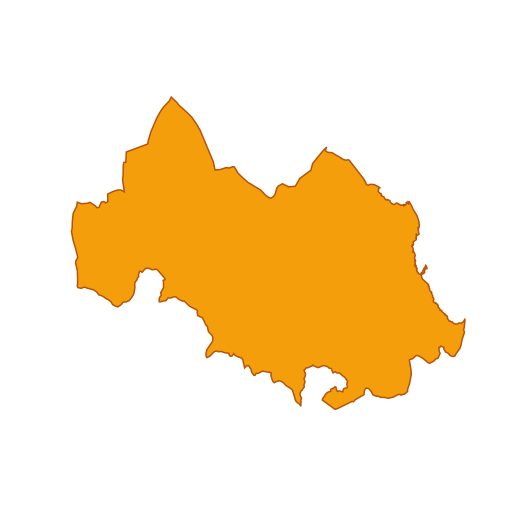 Ogan Komering Ulu Selatan, Sumatera Selatan, Indonesia (Equal Earth projection), rotated 342°
{"feature_id": "22746128B38683854456350", "entity_name": "Ogan Komering Ulu Selatan", "entity_type": "district", "adm_level": 2, "iso_a3": "IDN", "parent_name": "Indonesia", "parent_adm1": "Sumatera Selatan", "projection": "equal_earth", "projection_center": [104.077, -4.568], "detail": "fine", "context": "isolated", "style": "filled", "palette": "amber", "viewbox_px": 512, "rotation_deg": 342, "n_neighbors": 0, "source": "geoboundaries", "source_scale": "gbopen_adm2", "svg_char_len": 6139}
<svg xmlns="http://www.w3.org/2000/svg" viewBox="0 0 512 512"><g transform="rotate(342 256 256)"><path d="M274.5,413.4L283.7,426.2L285.9,426.3L302.4,424.0L303.5,424.7L304.8,424.2L305.4,423.5L315.9,421.2L317.4,417.7L318.6,416.4L319.7,415.8L321.3,416.2L322.4,417.2L323.8,420.9L324.4,424.3L327.3,426.7L328.1,426.6L331.0,429.0L334.4,430.2L338.0,432.2L343.4,432.6L348.2,431.7L350.2,432.2L350.9,433.1L351.6,433.3L352.3,432.8L354.4,433.3L358.3,431.7L359.2,429.3L362.6,424.8L367.1,416.6L368.3,411.8L369.6,402.9L370.0,402.0L373.1,402.1L377.6,400.2L378.4,400.4L379.6,401.1L382.9,404.6L386.5,410.3L387.9,411.7L392.3,411.0L395.5,409.3L396.8,409.6L397.6,409.3L401.0,405.5L400.9,402.5L401.8,399.5L402.9,399.5L403.9,398.8L406.4,401.0L405.9,402.9L406.7,406.0L408.5,407.4L409.9,410.8L412.3,412.5L414.2,412.6L415.5,411.2L421.2,407.0L423.5,404.0L426.4,398.8L430.6,393.1L430.8,390.0L431.7,388.8L434.7,382.1L435.3,380.1L434.1,381.7L432.0,383.0L430.2,383.2L428.4,382.4L426.6,382.9L423.6,381.8L422.1,379.1L421.1,378.9L420.5,377.8L419.4,377.3L419.3,375.8L418.7,374.8L419.3,373.3L419.3,372.2L418.7,371.9L418.2,370.2L417.4,370.2L417.6,369.4L415.6,366.1L415.7,365.2L415.2,365.2L414.1,364.1L414.6,363.5L413.4,360.8L413.9,359.8L413.6,359.3L413.8,358.0L413.1,357.7L412.6,356.3L412.0,356.3L411.8,355.5L410.6,354.5L410.8,353.1L411.6,352.4L411.9,351.6L411.3,349.3L411.7,348.5L411.4,345.7L411.9,345.1L411.6,344.1L411.0,343.9L410.6,341.9L411.1,340.6L410.6,339.6L411.3,338.3L410.7,337.6L411.2,336.3L407.3,329.6L407.0,327.9L407.3,325.0L410.3,324.3L411.5,323.5L411.8,321.6L413.4,320.7L414.7,320.8L415.0,319.3L414.7,317.7L414.5,317.3L413.2,318.9L411.8,319.7L411.4,320.5L410.2,321.3L409.7,322.7L408.4,322.9L407.2,324.0L406.3,324.0L405.1,322.9L405.0,321.4L404.4,321.0L404.7,319.9L404.4,319.4L404.8,318.9L404.5,318.2L405.4,317.5L404.7,316.6L405.0,315.7L404.4,315.1L405.3,314.9L405.0,313.7L404.2,313.4L405.2,312.3L405.5,310.0L406.1,310.2L406.3,308.7L405.9,307.8L406.8,305.6L407.5,305.1L407.7,303.1L407.2,300.8L406.3,300.7L407.0,299.4L407.6,299.1L407.4,298.6L407.7,297.7L407.6,296.0L407.1,295.0L408.3,294.6L408.2,293.6L409.1,293.8L409.8,292.1L409.7,291.2L413.4,290.0L413.9,288.8L413.7,287.8L414.4,287.7L415.1,284.7L415.4,284.7L415.5,285.7L415.9,286.2L417.8,285.6L418.3,281.5L418.9,280.8L418.7,279.4L419.3,279.6L420.0,279.0L421.1,276.5L420.8,275.6L421.5,274.7L421.6,267.4L419.8,259.9L419.4,255.7L418.4,251.1L418.3,252.5L417.4,253.5L417.2,252.0L416.9,252.5L416.5,251.6L415.9,251.5L415.4,251.6L415.5,252.6L413.6,253.7L412.4,253.9L413.0,252.9L412.5,252.6L411.5,253.1L410.8,252.6L409.4,252.7L408.6,251.4L407.6,250.9L407.6,250.4L406.1,249.0L403.3,249.8L401.3,248.2L400.4,246.4L400.4,244.6L398.4,242.9L398.1,242.9L398.3,243.3L397.1,242.9L396.2,241.1L395.9,239.3L394.1,237.6L393.7,236.8L394.4,236.3L394.2,235.2L393.3,234.7L392.2,232.4L393.3,230.1L393.9,229.4L394.6,229.6L394.9,229.2L390.5,224.6L386.8,223.1L384.9,223.4L383.8,223.0L383.1,221.9L383.0,218.6L382.5,218.1L382.3,216.1L374.2,193.6L373.2,192.9L371.2,192.7L369.1,191.4L360.3,181.3L356.3,179.5L355.4,178.7L354.6,176.8L356.9,174.2L350.8,177.5L338.5,185.5L334.7,191.4L321.7,195.7L315.0,201.8L308.4,200.3L303.5,195.5L299.0,196.3L296.9,197.7L293.3,203.1L291.1,204.9L287.9,205.6L286.3,204.4L283.9,201.2L280.9,194.8L271.1,183.5L267.4,177.3L264.5,171.6L262.9,164.5L261.2,163.8L258.0,164.1L254.8,162.7L248.5,162.7L243.6,161.4L244.5,153.3L241.7,119.1L240.2,112.2L237.9,104.3L234.8,98.2L229.4,88.9L227.8,84.8L224.5,78.7L221.4,81.8L214.7,85.4L210.1,88.7L204.3,94.1L194.3,105.5L188.8,113.7L187.6,116.0L164.8,117.0L161.2,126.6L159.1,126.2L157.5,129.4L154.9,137.2L152.5,143.0L150.6,154.3L147.8,151.4L144.7,150.5L139.5,150.5L134.0,151.3L131.9,158.5L129.3,159.0L128.3,157.3L125.7,156.9L121.6,161.3L119.8,161.0L118.2,158.0L114.6,153.6L112.2,153.8L106.3,152.4L102.6,149.6L101.1,153.0L95.3,159.0L91.9,166.6L89.7,172.9L88.1,175.5L86.9,184.6L86.8,192.0L86.2,201.6L85.3,203.2L83.2,204.9L82.3,206.6L81.5,215.1L78.0,226.6L76.7,229.4L76.9,231.1L80.1,232.9L81.1,232.5L83.7,232.7L85.3,234.3L91.2,238.0L93.6,241.6L94.5,244.4L96.5,245.7L99.0,248.3L99.7,249.7L102.0,251.8L104.0,255.0L104.6,257.9L106.8,260.2L108.8,261.7L112.4,260.7L115.4,258.8L118.4,259.6L121.9,259.1L125.5,256.6L128.0,254.2L129.5,251.7L131.0,248.9L131.7,246.2L132.7,243.7L135.3,242.0L136.8,239.9L138.0,239.5L138.3,237.8L140.4,234.7L141.5,234.8L142.6,236.3L146.7,233.9L148.5,233.8L150.3,234.6L153.1,237.1L156.7,237.6L158.0,238.8L161.8,247.6L162.4,249.3L162.3,250.3L160.1,250.5L160.0,252.1L158.2,257.6L153.9,261.6L153.9,264.0L151.8,265.4L150.6,266.8L150.6,268.0L149.8,268.9L149.9,269.6L150.4,270.0L155.5,270.3L156.3,270.7L159.6,268.7L161.5,269.5L166.2,269.5L167.7,270.8L169.1,273.3L171.9,276.0L174.0,276.9L177.3,283.3L182.8,288.7L183.4,290.2L182.6,291.6L182.2,294.7L185.7,298.0L186.1,298.7L187.1,306.5L188.0,307.8L187.4,313.1L189.5,317.8L189.8,319.2L189.7,320.8L188.3,323.7L180.4,329.9L178.7,332.4L178.0,334.2L177.6,336.2L178.0,337.5L181.3,336.9L186.5,334.2L189.1,334.1L190.9,335.6L193.5,336.1L196.5,338.4L200.0,340.0L200.0,342.4L200.9,343.6L202.6,343.5L204.7,342.0L205.4,344.0L208.2,346.8L210.8,348.6L211.4,350.6L210.6,358.9L212.9,357.6L215.2,358.0L215.7,360.6L216.3,362.0L216.0,364.0L216.2,365.9L217.1,368.7L218.2,369.2L220.0,367.6L221.7,368.3L226.6,367.5L234.1,371.5L234.3,371.8L233.2,374.5L233.1,378.8L233.6,381.5L234.3,382.1L236.2,381.7L239.6,381.9L240.9,382.7L242.8,384.8L244.7,388.7L248.3,393.1L249.2,395.1L249.0,406.2L250.2,408.5L251.4,409.9L252.4,412.9L252.3,412.4L253.9,408.3L253.8,407.6L255.4,405.0L254.9,401.8L255.5,400.1L257.5,398.0L258.6,397.8L259.8,396.5L261.3,395.7L262.0,393.0L263.7,391.0L263.7,387.6L265.4,385.8L266.7,383.6L266.3,379.6L267.0,379.0L267.6,379.0L269.0,377.8L270.0,378.3L275.9,377.8L276.6,377.4L277.5,378.8L280.6,381.4L286.4,381.0L289.9,383.4L291.0,385.4L292.8,386.2L293.1,391.0L295.6,390.4L296.6,392.0L299.6,393.4L300.7,395.6L302.9,398.9L303.5,400.1L303.3,400.7L303.9,401.4L304.3,403.4L302.7,406.0L302.5,408.7L301.8,409.5L299.0,409.2L298.1,409.5L296.5,412.0L293.6,410.1L291.7,410.0L291.1,408.7L291.5,405.3L290.4,404.8L288.4,405.7L286.1,405.8L285.1,407.8L282.1,407.7L279.8,408.7L274.8,412.8L274.5,413.4Z" fill="#f59e0b" stroke="#b45309" stroke-width="1.5"/></g></svg>